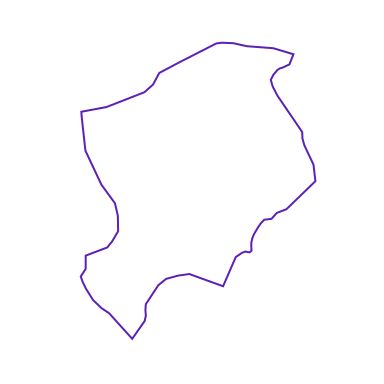 an SVG outline of Novo Mesto, rotated 188°
{"feature_id": "SVN-212", "entity_name": "Novo Mesto", "entity_type": "Municipality", "adm_level": 1, "iso_a3": "SVN", "parent_name": "Slovenia", "parent_adm1": "", "projection": "orthographic", "projection_center": [15.192, 45.803], "detail": "fine", "context": "isolated", "style": "outline", "palette": "violet", "viewbox_px": 384, "rotation_deg": 188, "n_neighbors": 0, "source": "natural_earth", "source_scale": "10m", "svg_char_len": 1000}
<svg xmlns="http://www.w3.org/2000/svg" viewBox="0 0 384 384"><g transform="rotate(188 192 192)"><path d="M312.7,256.1L288.6,264.2L253.0,284.2L245.5,293.0L241.0,305.3L240.2,305.9L221.7,319.3L188.6,342.5L183.1,344.0L171.6,345.1L158.0,344.0L131.5,345.7L110.7,342.5L113.3,331.9L119.6,327.8L122.4,326.5L124.6,324.5L126.0,322.1L127.6,319.7L129.6,314.1L126.9,307.9L120.9,299.4L91.2,266.7L90.1,260.4L87.2,253.8L75.5,236.0L71.3,219.9L96.1,188.1L105.1,183.1L109.5,176.5L116.6,174.6L119.7,170.2L121.8,165.9L124.6,159.2L125.8,154.9L126.2,150.4L125.8,146.8L124.9,142.0L126.3,140.4L127.9,140.2L130.8,140.5L133.8,138.9L139.6,133.7L148.1,103.0L183.3,110.4L193.7,107.4L205.5,102.4L212.4,95.0L222.1,74.5L221.7,68.6L220.5,63.1L220.9,57.7L230.8,38.3L257.2,60.4L265.3,64.3L274.8,71.1L283.4,81.3L287.8,87.8L290.4,92.9L286.6,101.0L288.4,114.2L268.2,125.3L264.2,132.0L259.7,142.9L262.1,158.0L266.7,170.1L282.7,186.6L303.3,218.1L312.0,252.3L312.6,255.6L312.7,256.1Z" fill="none" stroke="#5b21b6" stroke-width="2"/></g></svg>